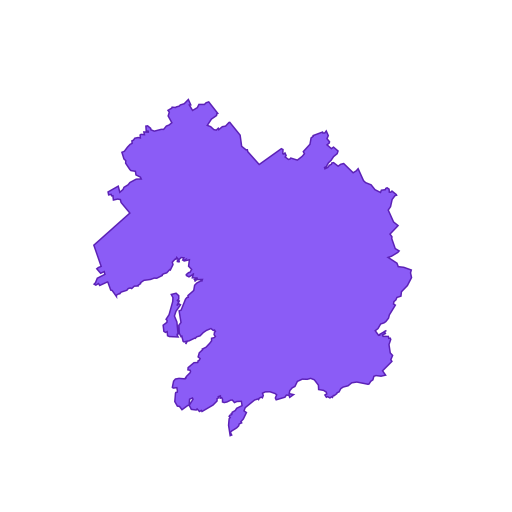 Tønsberg nor, Vestfold, Norway, rotated 57°
{"feature_id": "86288312B49956030196475", "entity_name": "Tønsberg nor", "entity_type": "district", "adm_level": 2, "iso_a3": "NOR", "parent_name": "Norway", "parent_adm1": "Vestfold", "projection": "albers", "projection_center": [10.379, 59.3], "detail": "fine", "context": "isolated", "style": "filled", "palette": "violet", "viewbox_px": 512, "rotation_deg": 57, "n_neighbors": 0, "source": "geoboundaries", "source_scale": "gbopen_adm2", "svg_char_len": 6116}
<svg xmlns="http://www.w3.org/2000/svg" viewBox="0 0 512 512"><g transform="rotate(57 256 256)"><path d="M352.3,133.4L346.0,138.2L342.4,142.5L338.8,141.7L329.1,146.0L330.0,142.4L330.2,135.0L329.7,133.2L325.6,135.2L315.4,132.7L313.9,131.5L310.6,131.7L307.9,120.3L302.4,122.1L289.5,120.1L287.9,116.3L282.7,111.0L281.1,106.5L281.6,105.0L280.8,104.9L275.6,106.6L275.9,108.3L275.1,109.4L272.4,108.0L270.2,108.9L270.0,110.4L270.8,111.5L269.1,115.0L270.5,117.0L265.2,120.1L259.0,120.7L254.2,124.1L251.4,124.8L238.4,122.8L239.2,125.6L239.1,129.2L226.2,132.1L225.2,135.1L225.4,138.2L219.9,140.1L219.3,141.8L220.2,142.9L219.9,144.9L220.8,147.6L220.4,150.7L219.1,150.3L219.3,148.4L217.3,144.5L216.7,141.0L214.9,136.8L214.4,132.2L212.6,130.0L206.9,131.7L207.0,134.3L201.5,135.9L201.1,133.0L200.2,132.1L196.3,132.6L194.4,129.8L189.4,129.0L190.3,131.3L189.3,132.9L188.3,132.7L186.1,142.5L186.8,142.8L187.0,145.5L191.7,149.9L194.2,159.5L196.6,159.7L197.6,163.0L198.1,169.1L192.8,173.5L193.2,174.8L192.7,176.2L188.9,177.6L188.1,176.0L185.4,175.6L185.6,177.2L184.8,177.8L181.4,175.4L179.8,176.3L181.0,203.5L164.0,206.1L162.2,205.4L161.6,206.5L156.2,208.3L146.0,203.5L129.6,205.2L129.3,206.0L130.5,210.8L129.2,213.8L129.8,218.4L128.3,218.1L128.8,220.7L127.1,222.5L122.8,223.6L119.9,225.7L116.9,218.8L116.7,212.6L115.4,211.5L115.6,210.4L101.0,211.7L100.3,214.4L100.8,216.7L97.8,221.3L99.6,224.4L99.4,229.9L93.1,229.7L93.7,228.4L87.9,227.5L89.2,233.3L88.1,237.2L88.5,238.7L87.5,241.8L87.7,242.5L85.5,245.3L86.1,246.1L85.9,250.5L88.2,250.4L90.7,253.4L98.4,254.0L98.8,257.5L98.2,260.4L99.5,264.5L98.2,266.4L95.9,273.3L92.9,275.4L91.6,274.8L87.8,276.0L87.1,277.6L91.2,279.9L92.7,278.4L93.5,278.9L90.9,282.5L93.5,283.5L91.4,286.1L91.4,287.3L94.0,288.7L92.4,290.4L91.2,293.5L92.1,295.7L91.8,297.3L94.1,298.6L93.8,300.7L94.7,304.5L96.5,309.4L96.0,312.0L102.7,313.9L105.1,313.3L107.2,314.8L114.7,314.7L116.2,314.4L119.3,311.0L122.6,312.5L126.9,310.0L128.9,310.3L126.3,314.6L125.7,321.7L126.6,324.5L126.5,329.3L127.8,331.3L128.4,335.5L122.4,333.5L121.7,345.2L124.5,346.3L125.4,343.9L126.9,344.3L127.5,343.2L131.4,345.1L132.9,341.0L134.8,339.0L137.6,340.0L151.3,338.4L158.6,386.1L180.4,391.5L179.8,394.5L180.0,396.5L185.9,395.7L186.4,391.8L189.1,392.7L188.2,401.2L191.0,405.2L191.4,407.1L193.2,406.2L193.3,403.1L195.6,403.1L196.8,394.8L197.3,394.5L205.5,396.4L206.6,395.4L213.9,395.1L212.8,394.5L213.0,391.2L213.5,390.9L212.8,388.8L214.4,383.0L213.7,380.8L214.3,378.9L215.6,378.0L215.0,374.5L216.9,371.2L216.4,371.0L216.3,367.8L215.5,367.4L215.4,363.2L218.2,357.3L219.1,353.4L220.6,351.3L221.3,345.2L220.6,344.8L220.6,343.2L221.5,340.1L220.4,335.8L221.1,335.5L218.0,330.3L215.6,329.6L214.5,325.3L215.2,324.9L214.0,323.3L216.1,323.0L217.8,325.0L218.6,324.3L219.0,323.5L217.1,322.7L216.5,319.6L218.2,317.5L219.5,319.7L220.3,319.1L220.6,316.9L221.3,318.3L222.9,313.9L227.8,318.1L232.2,317.3L233.7,320.1L233.2,321.6L233.6,324.6L234.5,325.0L237.0,323.6L237.2,318.8L236.4,317.7L239.6,321.3L242.7,316.9L242.3,320.3L243.0,320.0L243.9,321.3L243.5,318.6L246.5,313.7L247.5,315.0L246.9,315.6L246.4,320.3L247.1,323.4L251.0,327.0L252.1,334.6L253.7,335.3L253.2,336.6L253.8,338.6L260.6,348.3L260.2,350.4L270.9,355.1L272.1,358.5L279.0,362.4L282.8,362.8L282.8,361.9L287.9,363.6L288.9,363.1L289.7,360.8L291.6,362.9L290.0,360.0L290.7,358.4L291.5,352.1L292.0,351.8L291.5,349.8L292.5,346.4L291.5,341.9L291.4,338.1L292.3,333.3L295.1,332.4L295.5,331.1L297.2,331.2L297.2,332.2L299.2,334.0L301.4,333.9L301.7,335.5L300.8,338.1L303.0,339.5L304.0,342.4L305.3,347.6L304.8,351.7L305.5,351.8L306.3,356.3L309.1,359.5L311.6,358.7L312.6,360.5L312.3,361.5L313.6,362.9L311.7,366.1L312.6,373.7L314.4,375.1L316.1,373.4L317.2,373.8L318.0,374.8L319.1,379.9L320.1,381.2L319.7,381.4L320.4,382.4L316.7,387.2L315.3,390.6L316.1,393.3L320.6,397.7L321.7,397.3L323.3,394.1L326.4,395.4L327.3,396.2L326.8,397.6L327.3,398.3L333.9,403.4L339.1,403.7L340.5,402.1L344.6,401.8L344.2,394.6L344.8,393.4L339.9,389.7L340.5,386.6L341.9,386.9L344.8,393.3L349.4,393.8L352.6,390.0L352.2,388.7L355.6,388.1L355.7,386.0L357.0,386.0L357.6,373.2L356.4,367.7L354.4,366.3L354.6,364.5L353.4,364.2L353.9,362.1L355.8,363.3L356.1,362.0L357.9,362.1L360.2,363.6L361.6,362.5L362.6,359.9L363.1,355.7L364.0,354.3L367.2,353.9L367.6,351.3L369.9,347.4L373.9,349.2L373.2,355.2L374.3,357.5L374.1,361.1L375.5,362.5L375.1,362.8L375.7,363.1L375.3,364.8L375.9,365.9L377.4,365.6L377.9,367.2L383.0,371.2L392.6,375.5L392.9,373.9L390.0,373.6L389.5,371.9L389.6,365.7L389.0,363.0L387.7,361.6L388.1,358.9L386.7,358.9L385.8,355.4L382.1,349.3L379.3,350.4L377.3,347.6L376.0,335.6L377.0,332.1L377.8,332.0L377.0,330.6L377.3,328.4L378.4,327.9L377.0,325.9L374.6,325.3L375.0,322.2L377.5,318.2L381.9,314.8L383.7,314.3L385.6,317.1L387.6,317.4L390.2,308.6L389.2,306.3L390.7,304.2L392.9,304.7L392.7,300.0L389.5,303.1L387.3,301.0L386.3,297.4L386.6,294.4L383.7,289.6L384.5,284.2L387.3,280.2L388.4,276.8L391.6,274.5L398.3,274.0L402.1,276.2L405.5,272.5L408.5,271.2L410.2,271.8L410.1,273.9L412.8,273.9L412.9,272.6L415.3,271.3L415.3,269.2L416.2,268.9L415.1,267.1L415.7,266.5L415.4,263.1L414.8,262.4L415.2,260.4L413.4,257.1L413.4,254.2L415.0,249.5L414.5,244.8L416.6,240.1L424.6,231.9L424.9,230.9L423.6,228.0L423.5,225.4L421.1,222.7L421.6,220.5L424.9,216.6L426.5,212.2L421.2,212.4L418.4,199.4L416.4,199.4L413.8,195.6L410.4,196.2L402.7,192.7L399.3,188.4L398.0,188.2L397.4,189.5L395.5,188.8L392.6,193.2L391.1,193.0L391.5,189.7L389.5,189.5L389.5,187.2L389.2,189.8L389.8,190.5L389.3,191.0L389.1,195.0L389.8,195.4L389.3,196.4L383.6,196.7L383.3,193.2L380.9,188.5L381.8,185.0L381.7,182.8L380.3,178.7L378.0,176.2L373.1,165.9L371.1,166.8L369.4,165.2L369.0,162.6L367.5,160.4L368.6,156.3L365.2,153.5L363.3,145.2L358.8,137.3L354.3,135.6L352.3,133.4ZM281.5,365.4L279.4,365.2L278.7,364.7L279.0,363.9L268.3,358.3L261.9,357.1L258.8,353.3L255.8,345.9L253.9,346.8L254.5,349.4L251.7,344.3L251.8,345.9L250.4,346.1L250.0,344.2L247.2,342.4L243.7,343.3L242.1,348.0L245.6,348.3L248.8,350.6L257.9,360.9L260.1,365.9L261.6,365.6L263.1,366.9L263.5,371.6L269.0,374.3L270.8,373.5L271.0,371.7L274.7,373.6L276.4,372.5L281.5,365.4Z" fill="#8b5cf6" stroke="#5b21b6" stroke-width="1.5"/></g></svg>